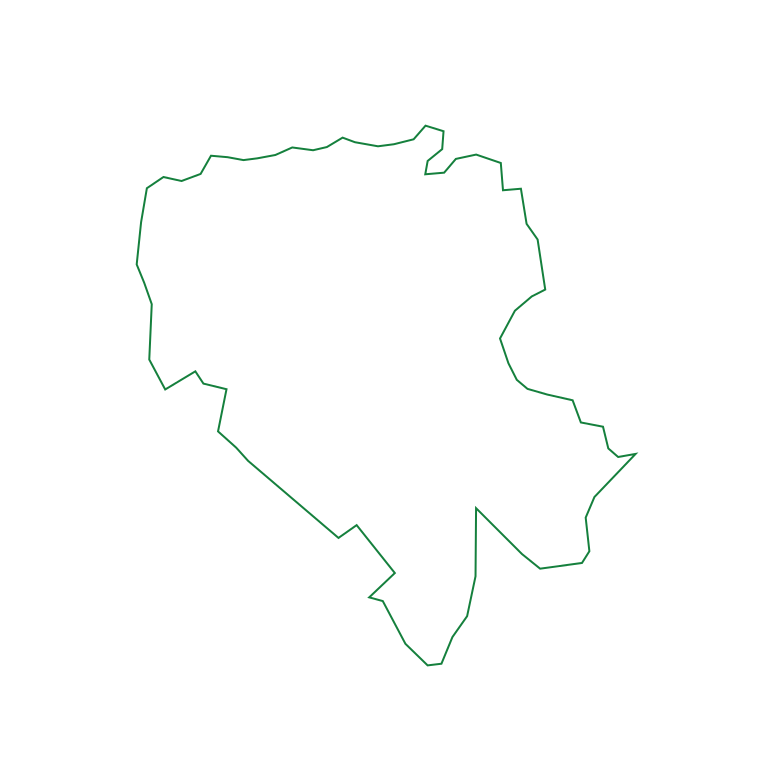 the district of Cerro Grande, Rio Grande do Sul, Brazil, rotated 66°
{"feature_id": "56859067B54917241472835", "entity_name": "Cerro Grande", "entity_type": "district", "adm_level": 2, "iso_a3": "BRA", "parent_name": "Brazil", "parent_adm1": "Rio Grande do Sul", "projection": "orthographic", "projection_center": [-53.164, -27.629], "detail": "fine", "context": "isolated", "style": "outline", "palette": "green", "viewbox_px": 768, "rotation_deg": 66, "n_neighbors": 0, "source": "geoboundaries", "source_scale": "gbopen_adm2", "svg_char_len": 1065}
<svg xmlns="http://www.w3.org/2000/svg" viewBox="0 0 768 768"><g transform="rotate(66 384 384)"><path d="M550.2,182.6L545.9,199.8L534.1,205.3L512.1,201.3L499.2,219.8L475.6,218.3L460.0,239.2L446.8,254.9L434.2,261.0L415.7,261.9L389.6,259.5L370.3,234.6L364.1,213.4L363.3,198.3L314.5,184.9L295.7,188.6L261.3,179.5L255.4,196.5L229.6,187.4L211.9,206.5L207.6,226.8L215.4,243.1L209.2,261.0L198.0,253.4L193.1,235.3L177.3,226.8L164.9,241.0L172.5,257.4L169.0,277.4L164.4,292.8L151.3,312.2L142.1,321.6L144.3,339.8L141.6,353.7L130.6,371.6L130.6,390.1L126.3,408.0L122.3,421.3L113.2,434.6L105.1,449.2L117.5,466.1L116.2,486.4L105.2,501.3L108.7,521.0L137.4,540.1L174.2,561.3L194.0,561.9L216.6,563.7L266.2,588.5L300.0,586.1L295.7,551.2L310.2,548.8L324.7,530.0L359.8,554.9L382.1,544.9L399.0,539.4L506.1,488.2L501.8,466.4L561.1,451.0L572.9,484.3L581.8,473.4L630.1,470.1L658.8,458.6L662.9,445.3L643.0,424.4L629.9,402.5L596.9,378.6L534.9,350.4L595.5,327.1L616.2,316.5L628.0,275.9L620.3,264.4L588.1,254.1L572.8,237.7L550.2,182.6Z" fill="none" stroke="#15803d" stroke-width="2"/></g></svg>